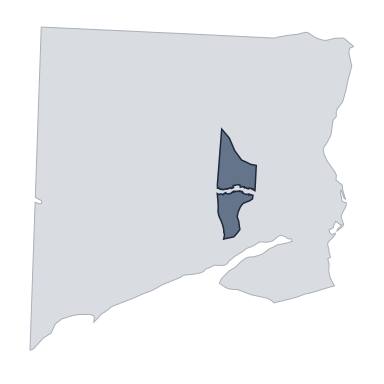 Zemam Out, Al Bahr al Ahmar, Egypt (highlighted), rotated 92°
{"feature_id": "37247803B6993574009783", "entity_name": "Zemam Out", "entity_type": "district", "adm_level": 2, "iso_a3": "EGY", "parent_name": "Egypt", "parent_adm1": "Al Bahr al Ahmar", "projection": "natural_earth1", "projection_center": [30.77, 28.19], "detail": "fine", "context": "in_parent", "style": "filled", "palette": "slate", "viewbox_px": 384, "rotation_deg": 92, "n_neighbors": 0, "source": "geoboundaries", "source_scale": "gbopen_adm2", "svg_char_len": 7469}
<svg xmlns="http://www.w3.org/2000/svg" viewBox="0 0 384 384"><g transform="rotate(92 192 192)"><path d="M355.6,348.4L346.7,348.4L337.8,348.4L328.8,348.4L319.9,348.4L311.0,348.4L302.1,348.4L293.2,348.4L284.3,348.4L275.4,348.4L266.4,348.4L257.5,348.4L248.6,348.4L239.7,348.4L230.8,348.4L221.9,348.4L212.9,348.4L207.8,348.4L208.7,345.5L209.2,343.5L208.6,342.1L206.9,341.7L205.8,342.2L203.1,348.2L201.7,348.4L198.6,348.4L188.2,348.4L177.8,348.4L167.4,348.4L157.0,348.4L146.6,348.4L136.3,348.4L125.9,348.4L115.5,348.4L105.1,348.4L94.7,348.4L84.4,348.4L74.0,348.4L63.6,348.4L53.2,348.4L42.8,348.4L32.4,348.4L32.5,341.1L32.6,333.9L32.7,326.6L32.8,319.3L32.8,312.1L32.9,304.8L33.0,297.5L33.1,290.3L33.2,283.0L33.2,275.7L33.3,268.5L33.4,261.2L33.5,253.9L33.6,246.6L33.7,239.4L33.8,232.1L33.9,224.8L33.9,217.5L34.0,210.3L34.1,203.0L34.2,195.7L34.3,188.5L34.4,181.2L34.5,173.9L34.6,166.6L34.7,159.3L34.8,152.1L34.9,144.8L35.0,137.5L35.1,130.2L35.2,123.0L35.3,115.7L35.1,114.3L33.7,109.4L32.4,103.1L31.1,95.4L30.9,92.9L28.6,84.9L28.4,82.7L29.0,81.1L33.2,74.4L34.4,71.1L35.5,67.2L35.9,64.0L34.8,59.2L33.5,54.8L33.1,50.3L32.9,45.9L35.0,42.9L37.5,40.1L38.5,38.4L40.0,36.5L41.0,35.6L42.9,39.5L47.1,40.2L60.6,36.7L75.5,40.2L83.8,41.5L96.4,44.5L104.1,49.9L106.3,50.6L111.8,50.5L115.4,53.6L130.0,55.1L137.7,58.6L142.1,61.4L144.7,62.3L147.0,62.1L150.2,61.1L154.2,59.1L158.5,56.4L167.5,49.4L170.7,48.2L172.8,48.5L175.3,48.4L176.3,46.5L177.7,45.2L178.5,43.7L179.9,42.0L184.5,41.5L193.9,38.4L192.8,39.9L184.3,43.3L187.9,43.7L191.7,42.5L195.9,41.8L196.7,40.3L197.3,37.6L198.1,37.2L201.0,37.7L209.8,41.9L212.0,42.0L218.1,39.7L219.4,39.2L221.4,40.5L226.0,45.7L224.4,45.6L219.5,41.1L219.1,43.4L216.3,47.3L219.8,49.0L222.6,49.6L224.2,51.8L225.1,53.8L227.9,52.9L229.9,50.3L228.8,48.8L228.1,47.3L229.0,47.2L231.0,48.5L236.6,53.5L238.4,54.6L240.6,54.4L245.1,53.0L246.3,53.2L252.4,51.3L253.1,52.7L254.1,54.0L259.0,52.5L266.6,52.6L272.9,50.9L280.1,46.9L280.7,46.3L281.1,47.3L281.9,50.0L284.2,56.9L286.2,62.4L288.6,69.9L289.4,72.7L289.7,74.7L293.2,83.0L295.3,89.8L296.9,95.3L299.1,103.3L300.0,106.1L298.5,107.6L295.6,112.8L292.6,129.4L288.1,142.4L287.7,150.5L287.0,153.5L284.8,157.6L282.2,161.6L277.5,159.5L269.8,152.4L265.4,145.7L260.6,141.4L256.0,135.6L254.8,131.4L254.8,128.8L252.8,122.3L251.3,119.2L245.8,112.3L244.2,108.6L243.0,107.0L241.8,104.7L239.8,95.7L237.6,90.0L235.1,91.6L235.6,94.0L233.4,97.3L232.2,101.1L233.2,104.3L237.7,109.1L238.6,111.1L239.6,115.7L239.5,121.8L240.2,123.9L243.6,128.5L244.8,131.2L245.6,133.6L246.7,135.7L250.0,139.7L254.9,147.2L259.5,152.3L262.8,154.8L264.2,157.3L264.5,163.7L264.3,166.7L267.2,172.4L268.3,175.3L271.1,177.7L272.4,180.4L273.6,184.8L275.5,197.8L277.9,200.9L285.6,218.0L292.0,228.8L295.2,236.8L300.0,246.6L309.3,268.2L314.9,274.8L317.1,278.5L321.1,281.4L325.5,285.6L321.3,285.2L320.3,285.4L318.9,286.1L318.2,288.6L317.9,290.7L318.5,301.6L319.7,307.1L323.4,317.7L326.2,320.8L327.5,322.9L329.3,324.3L338.0,327.9L343.1,335.5L354.4,345.1L355.6,347.8L355.6,348.4Z" fill="#d9dde1" stroke="#a8b0b8" stroke-width="1"/><path d="M183.4,166.9L187.3,166.7L187.3,166.2L187.2,166.2L187.2,165.9L187.3,166.0L187.4,165.9L187.4,165.6L187.3,165.4L187.4,165.2L187.5,165.3L187.6,165.0L187.5,164.8L187.5,164.6L187.6,164.4L187.7,164.5L187.9,164.3L187.8,164.2L188.0,164.0L187.9,163.9L188.2,164.0L188.3,163.6L188.2,163.5L188.2,163.4L188.2,163.2L188.3,162.9L188.5,162.4L188.4,162.3L188.4,162.2L188.5,162.1L188.3,161.9L188.2,161.9L188.5,161.1L188.6,160.9L188.5,160.4L188.5,160.2L188.2,159.9L187.9,159.1L188.0,158.8L187.9,158.5L187.9,158.3L187.9,157.9L187.9,157.7L187.8,157.8L187.6,157.8L187.4,157.6L187.4,157.2L187.5,157.0L187.4,156.9L187.5,156.7L187.4,156.7L187.4,156.3L187.3,155.9L187.1,155.3L187.1,154.6L186.9,154.4L186.9,154.2L187.0,154.1L186.9,154.0L186.6,154.0L186.5,153.9L186.4,153.6L186.4,153.4L186.4,152.9L186.6,152.9L186.6,152.6L186.5,152.4L186.4,152.3L186.3,152.2L186.5,152.2L186.4,152.1L186.2,152.1L186.0,151.7L185.9,151.6L185.9,151.4L186.0,151.4L186.5,151.4L186.4,151.2L186.3,151.3L186.2,151.2L186.2,151.3L186.1,151.2L186.1,151.3L186.0,151.2L185.9,151.2L186.0,151.1L185.9,151.0L185.2,151.2L184.9,151.1L184.3,151.0L184.3,150.9L183.9,150.3L183.7,150.0L183.8,149.9L183.9,149.7L183.8,149.2L183.8,148.8L183.5,148.4L183.3,147.6L183.3,146.9L183.3,146.4L183.2,146.1L183.0,145.8L183.2,145.2L183.1,144.5L183.3,144.4L183.7,144.2L185.0,144.0L185.3,144.1L185.5,143.7L185.4,143.4L185.4,143.2L185.3,142.9L185.2,142.9L185.1,142.6L184.8,141.7L185.1,140.9L185.2,140.6L185.4,140.4L185.2,140.4L184.8,140.1L184.8,139.9L184.9,139.7L185.1,139.5L185.3,139.5L185.9,139.6L185.9,139.4L186.0,139.1L185.9,138.8L185.9,138.5L185.9,138.4L186.0,138.3L186.1,138.1L186.3,137.8L186.2,137.7L186.2,137.4L186.3,137.3L186.4,137.1L186.5,136.9L186.7,136.7L186.8,136.5L186.8,136.4L186.7,136.3L186.6,136.2L186.8,136.0L186.7,135.9L186.7,135.6L186.2,135.6L186.0,135.1L186.5,134.8L186.5,134.6L186.5,134.4L186.5,133.7L186.4,133.5L186.3,133.3L186.2,132.8L186.3,132.6L186.6,132.3L186.6,132.1L186.6,131.8L186.5,131.6L186.6,131.3L186.7,131.2L186.8,131.2L187.0,131.3L187.3,131.5L187.3,131.3L187.4,131.1L187.6,130.6L187.7,130.4L187.9,130.2L188.1,130.0L188.3,129.8L188.3,129.7L188.4,129.4L188.5,129.1L163.2,128.7L162.3,134.4L160.1,139.2L158.3,143.6L149.3,150.7L136.8,156.6L128.1,164.5L183.4,166.9ZM193.3,131.0L193.4,131.3L193.2,131.4L193.2,131.5L193.2,131.8L193.1,132.0L192.8,132.2L192.7,132.6L192.5,133.4L192.6,133.5L192.7,133.9L193.0,134.2L193.0,134.4L192.9,134.5L192.7,134.3L192.7,134.2L192.5,134.3L192.6,134.5L192.4,134.4L192.3,134.6L192.2,134.6L192.2,134.8L192.1,135.0L192.0,135.3L192.1,135.5L192.3,135.9L192.3,136.1L192.4,136.4L192.4,136.6L192.5,136.8L192.6,137.1L192.7,137.3L192.5,137.1L192.5,137.3L192.4,137.3L192.2,137.3L192.1,137.2L192.2,137.4L192.3,137.5L192.3,137.9L192.3,138.2L192.3,139.0L192.2,139.2L191.9,139.7L191.9,140.0L191.7,140.1L191.5,140.4L191.4,140.5L191.2,140.7L191.3,140.8L191.2,140.9L191.2,141.1L190.9,141.1L190.7,141.2L190.8,141.3L190.6,141.5L190.4,141.6L190.2,141.9L190.0,142.0L189.9,142.0L190.0,142.2L189.9,142.3L190.1,142.5L189.8,142.6L189.9,143.1L189.9,143.3L189.6,143.4L189.5,143.5L189.4,143.8L189.2,144.2L189.3,144.3L189.2,144.3L189.2,144.6L189.3,144.8L189.5,145.4L189.5,145.7L189.5,145.9L189.5,146.1L189.5,146.5L189.7,147.1L189.8,147.2L189.8,147.3L189.9,147.6L189.9,147.9L189.8,148.2L189.8,148.7L189.9,149.0L189.8,149.4L189.7,150.2L189.8,150.3L189.9,150.6L190.3,151.2L190.7,151.5L190.8,151.6L191.1,151.8L191.4,152.5L191.8,152.7L192.0,153.0L192.0,153.4L192.1,153.5L192.3,154.4L192.4,154.6L192.6,155.1L192.6,156.0L192.5,156.5L192.4,156.9L192.3,157.2L192.3,157.4L192.2,157.6L191.9,158.0L191.8,158.6L191.6,158.6L191.7,158.8L191.8,158.8L191.7,158.9L192.0,159.2L192.2,159.6L192.4,159.7L192.5,159.7L192.7,159.8L192.6,160.0L192.8,160.2L193.0,160.2L193.1,160.4L193.3,160.4L193.5,160.5L193.4,160.9L193.6,161.0L193.4,161.3L193.4,161.5L193.2,161.7L193.1,161.9L193.1,162.1L193.2,162.3L192.9,163.2L192.9,163.4L192.9,163.6L193.1,163.8L193.3,164.3L193.3,164.7L193.5,164.8L193.4,165.1L193.4,165.3L193.2,165.5L193.1,166.1L192.9,166.3L192.7,166.7L200.1,165.8L205.0,165.3L210.8,165.3L215.0,164.3L219.0,162.3L223.1,160.5L228.3,159.0L231.8,158.7L233.3,157.9L238.0,158.7L237.4,156.9L237.0,155.2L235.7,150.0L235.3,148.6L231.9,145.7L227.8,142.8L224.5,143.5L219.7,144.3L215.0,146.0L210.8,145.3L205.5,143.3L202.0,141.0L200.4,138.1L198.9,134.3L196.8,131.3L193.3,131.0ZM190.9,151.1L190.6,151.5L189.8,150.3L189.9,149.4L190.5,149.5L190.7,150.6L190.9,151.1Z" fill="#64748b" stroke="#1e293b" stroke-width="1.5"/></g></svg>